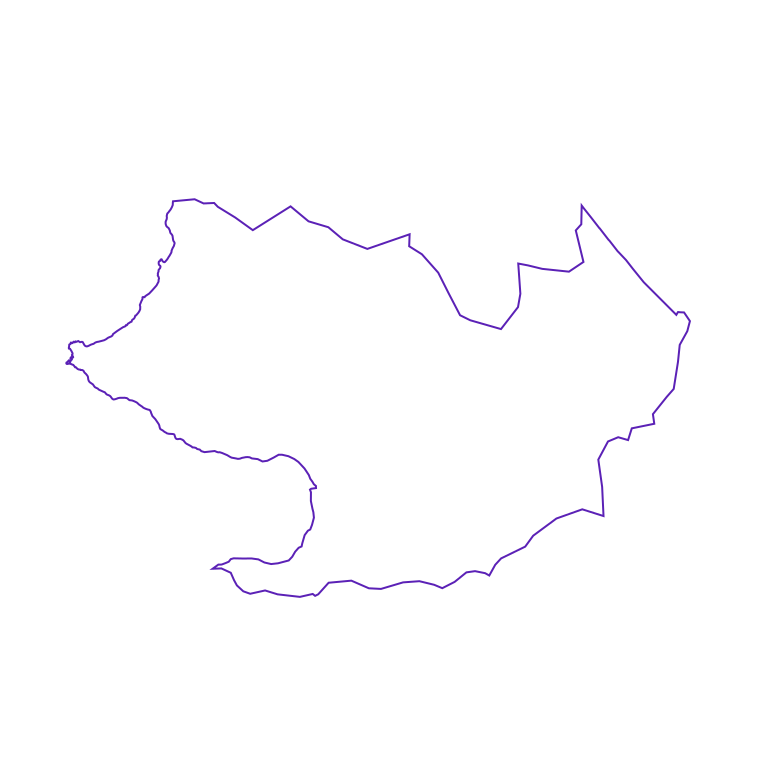 Anse La Verdue, Anse-la-Raye, Saint Lucia (orthographic projection), rotated 352°
{"feature_id": "8701671B11621920628841", "entity_name": "Anse La Verdue", "entity_type": "district", "adm_level": 2, "iso_a3": "LCA", "parent_name": "Saint Lucia", "parent_adm1": "Anse-la-Raye", "projection": "orthographic", "projection_center": [-61.06, 13.91], "detail": "fine", "context": "isolated", "style": "outline", "palette": "violet", "viewbox_px": 768, "rotation_deg": 352, "n_neighbors": 0, "source": "geoboundaries", "source_scale": "gbopen_adm2", "svg_char_len": 5998}
<svg xmlns="http://www.w3.org/2000/svg" viewBox="0 0 768 768"><g transform="rotate(352 384 384)"><path d="M604.6,234.8L601.6,253.3L595.3,258.6L598.5,290.9L582.8,298.5L556.7,292.0L543.1,286.6L533.7,283.4L531.6,313.6L527.4,326.5L507.5,345.9L478.3,332.9L468.9,326.5L460.5,302.8L453.2,281.3L439.6,260.8L428.1,251.1L430.2,239.3L386.3,247.9L363.3,235.0L350.7,221.0L331.9,212.4L316.2,195.1L275.5,213.4L259.8,198.4L244.1,185.4L241.0,181.1L230.5,180.1L222.2,174.7L200.5,173.7L200.2,174.7L199.7,177.4L198.6,179.3L197.3,181.1L196.4,182.1L195.1,183.3L194.5,184.0L193.3,184.9L193.0,185.3L192.2,187.4L192.2,188.7L191.8,190.4L190.4,192.8L190.2,193.7L190.1,194.5L190.1,195.6L190.5,197.4L191.2,198.4L192.1,199.3L192.5,199.8L193.3,202.3L193.3,203.5L193.6,204.9L194.6,206.3L195.0,207.2L195.2,207.9L195.2,211.2L195.3,212.6L195.6,213.5L196.0,214.2L196.2,214.8L196.2,215.6L195.1,218.1L193.5,220.2L192.2,222.4L192.0,223.4L191.7,224.2L189.4,227.2L188.7,227.9L187.1,229.9L185.9,231.1L184.0,232.7L183.4,232.8L183.1,232.7L182.2,232.0L181.7,231.3L181.2,229.7L180.8,229.5L180.2,229.7L179.9,230.0L179.6,230.4L179.3,231.0L179.1,231.1L178.2,231.4L178.0,231.7L177.8,232.3L177.6,233.7L177.9,234.8L178.9,235.9L179.0,236.7L178.9,237.0L178.4,238.1L177.2,239.2L176.7,239.7L176.5,240.3L176.5,240.9L175.4,243.1L175.4,244.0L175.1,244.9L175.1,245.3L175.6,246.2L175.7,246.7L175.9,248.2L175.3,249.5L175.0,251.2L174.9,251.4L172.5,254.7L170.9,256.1L167.5,259.0L164.0,261.8L161.0,263.2L159.7,263.9L159.2,264.4L159.0,264.7L158.4,264.6L157.5,264.3L156.9,264.6L156.7,266.0L156.5,266.5L155.4,268.0L153.2,271.8L153.3,272.9L153.4,273.3L153.1,275.2L152.9,276.2L152.7,276.5L151.8,277.9L150.7,279.2L148.1,281.5L147.7,281.7L147.3,281.7L147.1,282.0L146.8,282.4L146.6,283.1L146.3,283.5L145.7,284.3L144.8,284.9L144.4,285.0L143.9,285.3L143.3,285.8L142.7,287.1L142.1,287.3L141.5,287.4L140.3,288.0L139.1,288.5L138.7,288.7L138.0,289.6L137.6,289.9L136.7,289.8L136.4,290.1L136.3,290.5L135.9,290.8L133.3,291.5L127.1,294.4L122.7,296.8L121.8,298.2L120.6,298.9L117.5,299.7L116.6,300.1L115.2,300.9L113.0,301.7L109.8,302.1L107.1,302.4L105.8,302.4L104.2,302.7L103.4,303.0L102.0,303.8L101.0,303.9L99.0,304.3L96.8,305.1L95.4,305.4L94.4,305.3L93.4,304.7L92.7,303.7L91.7,301.1L91.5,300.6L91.0,300.3L90.6,300.2L88.8,300.3L87.2,298.9L85.4,299.4L85.0,299.4L84.8,299.1L84.5,298.9L84.3,298.9L83.9,299.2L83.8,299.6L83.6,299.7L82.7,299.1L82.5,299.4L81.5,299.5L81.2,300.1L80.8,300.0L80.2,299.6L79.6,299.5L79.4,300.1L79.3,300.5L79.1,300.8L78.2,300.9L78.0,301.0L77.8,301.2L77.4,302.9L76.9,304.4L76.9,304.7L76.9,305.0L77.5,305.1L78.0,305.5L78.2,306.0L79.0,307.7L79.8,310.0L79.8,310.8L79.6,311.2L79.3,311.4L79.0,311.8L79.0,312.1L79.4,312.6L79.8,313.5L79.9,314.2L79.7,314.4L79.4,314.6L79.2,314.6L78.7,313.9L78.5,313.7L78.0,313.9L77.5,314.2L77.3,314.5L77.1,315.1L77.3,315.3L77.5,315.5L78.3,315.8L78.4,316.0L78.2,316.4L77.4,316.9L77.1,317.2L76.5,318.2L76.3,318.6L76.0,318.7L75.8,318.5L75.7,317.9L75.6,317.4L75.7,317.0L75.5,316.7L75.2,316.7L74.3,317.5L73.3,318.5L73.1,318.6L72.7,318.5L72.4,318.9L72.3,319.4L72.4,319.7L72.7,320.0L73.2,320.1L74.8,320.0L75.5,320.1L75.9,320.2L77.5,321.0L77.8,321.3L78.9,321.8L79.6,322.8L80.4,324.4L80.9,324.6L81.1,324.5L81.4,324.8L82.2,325.9L82.7,326.5L84.1,327.3L85.0,327.4L85.3,327.6L85.5,327.9L87.2,328.2L88.2,329.0L88.6,330.0L88.8,330.6L89.0,331.0L90.3,332.6L91.3,334.3L91.7,335.2L91.8,335.7L91.8,338.5L92.1,339.9L92.5,340.7L93.0,341.4L93.4,341.8L95.7,343.9L96.9,346.3L97.3,346.9L98.8,348.0L99.7,348.5L100.1,348.9L100.5,349.5L101.1,350.1L103.3,351.5L104.7,352.4L106.1,353.2L106.7,353.7L107.1,354.6L107.7,355.4L108.2,355.9L110.3,357.1L111.0,357.7L111.5,358.3L112.7,360.6L113.4,361.3L114.1,361.7L114.9,361.7L115.9,361.6L117.5,361.3L118.6,361.0L120.4,360.9L124.1,361.4L125.1,361.5L127.1,362.1L127.8,362.5L129.3,364.2L129.8,364.6L131.4,365.0L132.4,365.3L134.5,366.5L136.3,367.7L137.0,368.3L138.4,370.1L140.8,372.3L141.5,372.9L141.9,373.5L143.1,374.5L145.1,375.7L147.2,376.7L147.7,376.8L148.4,377.2L149.2,378.9L149.3,380.0L150.2,383.5L152.6,386.9L155.2,392.1L155.5,393.0L155.7,393.8L155.8,395.5L156.0,396.6L156.1,397.2L156.6,397.8L158.4,399.2L160.0,400.9L161.3,401.8L162.1,402.6L163.8,403.3L164.7,403.5L167.3,404.0L168.1,404.2L168.9,404.5L169.3,404.9L169.5,405.7L169.8,407.6L170.2,408.8L170.5,409.2L171.0,409.6L171.4,409.7L172.1,409.9L174.5,409.9L176.4,411.0L177.5,411.9L179.3,414.9L180.3,415.8L183.6,418.2L184.8,419.2L185.5,420.1L187.0,420.4L188.8,421.1L190.0,422.4L192.4,423.3L193.8,425.1L196.8,426.5L207.0,426.8L209.0,428.0L210.3,428.6L211.8,428.7L214.1,429.8L218.9,432.7L221.2,434.6L222.8,435.7L227.0,437.1L228.9,437.8L230.9,437.9L233.1,437.4L237.2,437.2L238.8,437.4L240.8,437.9L242.8,439.3L248.5,440.8L252.9,443.8L257.8,443.8L264.5,441.5L269.8,439.4L273.3,439.9L279.3,442.2L284.7,445.8L288.4,449.3L293.5,456.6L296.9,463.7L297.8,467.6L299.5,470.8L300.6,473.5L302.4,475.5L302.2,477.6L297.3,477.6L296.0,478.3L296.6,481.0L295.3,489.7L295.8,497.7L296.2,501.1L296.0,506.6L293.1,513.5L290.7,517.8L288.2,518.7L284.4,522.6L280.9,530.4L279.8,533.4L276.7,534.3L272.7,537.7L269.1,542.3L265.1,545.5L254.1,546.8L247.2,546.6L240.7,544.1L235.2,540.2L228.8,538.4L218.8,537.0L210.8,535.7L207.9,536.1L205.5,538.4L202.1,539.3L198.1,540.2L194.8,539.8L188.6,543.1L197.3,544.0L206.0,549.6L208.2,557.4L210.3,563.0L215.8,569.7L222.3,573.1L237.5,571.9L249.4,577.5L271.1,583.1L284.2,582.0L286.3,584.2L289.6,583.1L301.5,573.1L324.3,574.2L340.6,584.2L352.5,586.5L375.3,583.1L391.6,584.2L405.7,589.8L413.3,594.3L426.4,589.8L439.4,582.0L448.1,582.0L457.8,585.4L461.6,588.3L469.0,578.5L475.7,573.0L501.2,564.7L510.6,555.0L536.0,541.2L562.9,535.7L583.0,545.3L585.7,516.3L585.7,488.7L597.8,472.1L608.5,469.3L617.9,473.5L623.2,462.4L646.1,461.0L646.1,451.3L662.2,436.1L670.2,429.2L678.2,403.0L682.3,386.4L691.7,373.9L695.7,364.3L691.1,354.9L687.3,354.2L685.3,353.7L685.1,353.7L683.1,356.2L655.4,319.4L646.5,304.6L640.9,294.9L634.3,285.6L634.0,285.3L627.1,273.3L626.5,272.6L619.2,259.8L619.0,259.7L612.3,248.0L606.4,238.0L604.6,234.8Z" fill="none" stroke="#5b21b6" stroke-width="2"/></g></svg>